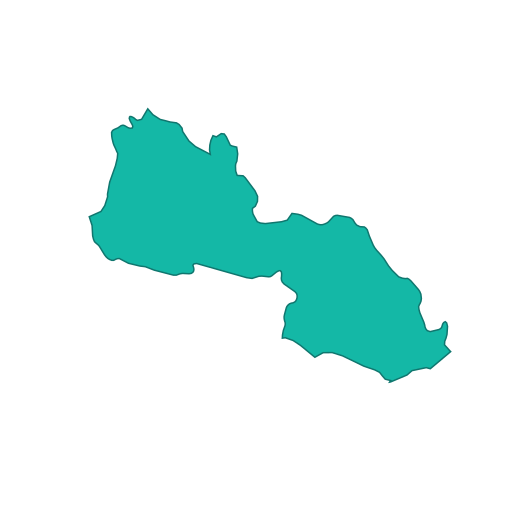 an SVG outline of Leitrim, rotated 151°
{"feature_id": "IRL-730", "entity_name": "Leitrim", "entity_type": "County", "adm_level": 1, "iso_a3": "IRL", "parent_name": "Ireland", "parent_adm1": "", "projection": "mercator", "projection_center": [-8.037, 54.143], "detail": "fine", "context": "isolated", "style": "filled", "palette": "teal", "viewbox_px": 512, "rotation_deg": 151, "n_neighbors": 0, "source": "natural_earth", "source_scale": "10m", "svg_char_len": 3056}
<svg xmlns="http://www.w3.org/2000/svg" viewBox="0 0 512 512"><g transform="rotate(151 256 256)"><path d="M200.3,80.9L198.6,81.8L202.7,85.6L203.6,89.9L204.3,94.3L207.4,98.9L215.1,107.4L228.7,126.7L236.2,134.6L244.2,138.9L253.6,138.9L260.4,156.2L264.5,164.1L270.0,170.3L272.8,171.4L271.1,174.1L268.2,177.6L264.4,181.0L263.6,182.0L262.8,183.5L262.4,185.5L261.8,187.4L260.9,189.2L259.8,190.6L254.6,196.0L253.4,196.9L251.7,197.6L250.0,197.9L248.1,197.7L246.4,197.1L244.4,197.0L242.8,197.5L241.3,198.6L240.1,199.9L239.2,201.5L238.7,203.4L239.2,205.9L245.0,217.8L245.6,220.5L245.4,222.5L244.6,224.4L243.4,226.0L242.1,228.2L241.5,230.0L241.9,231.4L243.0,232.0L245.8,232.1L252.0,231.0L253.8,231.1L255.2,231.8L260.6,235.6L263.3,236.9L270.3,238.3L274.7,241.6L311.5,278.2L314.1,279.2L315.7,278.5L316.1,276.4L316.7,274.6L317.8,273.1L319.2,272.3L321.1,272.2L323.1,272.9L328.7,276.4L331.2,277.3L335.0,277.9L337.6,279.4L351.8,292.9L358.0,300.3L362.4,303.5L371.1,311.5L376.8,320.1L378.9,321.0L380.8,321.2L382.5,321.2L384.2,322.1L385.8,324.0L386.8,325.8L387.5,328.0L387.9,330.6L388.3,340.5L388.6,342.0L389.7,344.9L390.3,346.8L390.0,349.5L389.1,352.8L384.6,362.1L382.8,371.2L370.0,370.1L363.8,373.4L357.1,379.7L355.9,382.1L348.1,391.6L335.1,403.1L330.0,408.7L327.2,412.8L327.1,415.2L326.8,417.5L326.5,422.0L326.1,424.2L324.9,428.5L324.0,430.9L322.4,434.1L320.6,435.3L318.7,435.4L314.6,435.0L310.8,435.4L308.9,434.9L307.7,433.7L305.7,430.3L304.3,428.8L302.2,427.9L301.1,428.8L300.6,430.4L300.6,435.0L300.2,437.7L299.2,438.9L298.5,439.1L297.4,438.3L296.5,437.1L295.6,435.5L295.0,433.7L294.0,432.1L289.8,431.0L279.3,437.2L277.7,429.6L273.6,421.9L269.7,418.3L266.2,414.9L261.0,411.0L259.5,408.3L258.7,403.7L259.8,400.4L258.9,389.1L255.9,381.0L246.7,367.0L245.2,371.3L242.6,375.4L239.3,379.1L235.3,382.1L232.9,379.4L227.1,379.9L224.6,378.1L224.2,374.6L224.8,365.4L223.4,363.6L220.1,360.6L222.5,354.2L226.7,348.3L229.0,346.5L230.3,344.7L232.6,340.1L233.4,335.6L228.4,332.4L227.5,329.7L225.3,313.5L225.7,307.4L228.2,303.1L232.4,299.9L236.0,299.4L236.9,297.9L237.6,296.3L238.2,294.5L238.3,292.3L238.3,285.4L236.2,282.7L232.1,279.8L217.1,273.6L211.3,272.2L203.9,275.8L199.1,272.2L196.4,269.5L186.8,254.2L185.6,253.0L184.2,251.9L182.4,251.1L180.4,250.7L178.1,250.5L176.1,250.7L168.9,253.1L166.9,252.9L165.2,252.2L155.5,244.4L154.4,242.8L153.6,240.8L153.5,237.2L153.0,234.3L150.9,231.3L147.2,228.9L146.4,227.2L146.0,224.9L147.2,218.5L148.2,208.8L148.2,205.8L147.7,202.4L146.2,196.1L145.4,191.4L144.9,183.1L143.9,177.4L141.3,168.6L138.7,165.6L136.3,163.8L134.4,163.0L133.4,161.4L132.6,159.2L130.2,148.0L130.0,145.6L130.3,142.7L132.0,138.6L133.6,136.5L135.3,135.1L136.9,134.1L138.3,132.9L139.3,130.5L140.2,127.0L141.3,116.7L141.9,113.9L142.6,111.9L142.8,109.9L142.4,107.7L140.3,105.4L131.7,103.0L129.8,103.0L128.2,103.6L125.7,106.0L124.1,106.8L122.3,106.8L121.7,105.0L122.6,101.6L127.0,94.8L129.8,91.9L132.2,90.0L134.2,86.9L132.3,78.7L132.1,78.0L158.2,72.9L161.2,75.8L175.1,80.1L181.6,78.7L199.3,80.6L200.0,80.8L200.3,80.9Z" fill="#14b8a6" stroke="#0f766e" stroke-width="1.5"/></g></svg>